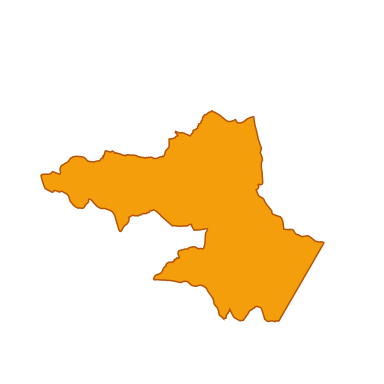 outline of Nyunzu, Katanga, Democratic Republic of the Congo, rotated 119°
{"feature_id": "63176286B34424841963647", "entity_name": "Nyunzu", "entity_type": "district", "adm_level": 2, "iso_a3": "COD", "parent_name": "Democratic Republic of the Congo", "parent_adm1": "Katanga", "projection": "equal_earth", "projection_center": [28.006, -5.86], "detail": "fine", "context": "isolated", "style": "filled", "palette": "amber", "viewbox_px": 384, "rotation_deg": 119, "n_neighbors": 0, "source": "geoboundaries", "source_scale": "gbopen_adm2", "svg_char_len": 5953}
<svg xmlns="http://www.w3.org/2000/svg" viewBox="0 0 384 384"><g transform="rotate(119 192 192)"><path d="M215.3,299.0L214.9,300.0L214.5,301.1L214.2,302.7L214.3,304.6L214.8,306.1L215.3,307.1L217.2,311.0L219.2,313.4L220.3,313.9L220.8,314.4L225.7,315.2L226.7,315.6L228.1,316.6L228.9,317.2L229.9,317.5L231.9,318.8L232.9,319.1L234.5,318.9L236.0,318.4L237.0,317.9L238.7,316.5L239.4,316.2L240.5,316.2L240.8,317.3L241.4,322.1L241.7,323.2L241.7,323.8L244.3,324.5L245.7,325.5L248.2,330.0L249.4,331.7L250.7,332.1L252.3,330.8L254.8,328.3L257.8,325.1L259.1,323.5L260.2,322.0L260.2,319.7L260.1,316.8L260.1,314.8L259.7,313.7L259.1,313.3L257.6,313.4L256.8,311.4L256.5,309.3L256.5,308.0L255.0,307.1L254.5,305.7L254.4,303.8L254.6,299.5L255.4,298.0L257.1,296.2L259.1,294.0L261.0,289.4L261.5,286.6L261.3,283.4L260.4,282.7L259.9,281.3L259.9,280.7L258.7,279.2L257.5,278.8L255.5,278.9L254.7,278.6L253.4,278.5L252.1,277.8L250.7,277.9L248.4,278.9L247.8,277.5L247.8,275.9L248.6,274.0L249.6,271.2L250.6,267.7L250.6,264.4L250.3,263.0L248.7,260.3L247.6,253.6L248.0,252.5L248.5,250.6L250.2,248.0L258.7,239.4L260.7,237.4L261.4,235.9L260.9,235.0L258.5,234.8L256.3,235.0L255.0,234.9L253.0,234.1L251.1,233.2L248.9,233.2L247.4,233.4L244.6,234.8L241.9,233.2L240.6,231.6L240.6,230.9L240.5,230.3L239.8,229.4L239.7,229.3L239.2,227.9L238.7,227.2L237.7,226.9L236.5,225.3L235.6,225.2L234.8,224.6L234.3,223.5L232.7,221.2L231.9,221.1L231.0,220.0L230.4,219.6L229.6,219.8L228.8,219.4L228.3,218.6L228.2,218.4L226.3,217.2L226.0,215.7L226.4,212.3L227.5,208.3L228.0,207.4L229.9,198.4L231.2,192.7L229.8,190.9L229.7,190.5L229.4,189.2L228.9,188.6L228.6,187.3L227.7,186.2L227.2,184.7L226.6,184.1L225.9,183.2L225.7,182.7L225.4,182.1L223.8,179.5L221.6,178.5L220.8,177.1L220.6,176.7L221.9,175.9L224.4,171.5L223.3,170.0L221.4,166.9L216.6,161.0L217.5,160.1L221.9,160.0L225.2,158.4L230.2,156.0L232.2,155.2L235.9,154.6L236.6,155.0L237.2,157.3L238.5,158.7L238.6,158.8L238.5,162.0L238.8,163.4L239.3,164.4L242.0,167.5L243.8,168.1L244.3,168.7L245.2,170.4L247.2,172.3L249.5,174.9L250.6,175.1L252.3,174.6L252.9,174.3L254.9,172.0L255.6,171.2L256.3,171.9L256.4,172.0L256.6,172.6L256.8,172.5L257.2,173.4L257.4,173.6L259.1,173.5L259.5,174.6L260.6,174.2L260.9,174.4L261.6,174.2L261.9,174.6L262.5,174.6L263.0,175.8L263.5,176.0L264.2,177.7L265.2,178.7L266.1,178.7L266.8,179.5L268.0,179.5L269.0,178.9L272.0,180.0L273.5,179.8L275.4,179.6L278.0,179.9L280.7,181.9L282.1,183.3L283.7,183.7L285.2,183.7L286.5,183.5L287.1,182.7L287.0,182.3L286.6,181.6L285.3,179.5L284.0,176.5L281.9,172.4L281.4,171.0L280.4,169.1L279.6,167.3L278.8,165.1L277.9,162.0L276.7,158.1L276.1,157.2L275.2,156.9L274.0,155.6L272.9,153.8L272.7,151.5L273.3,149.7L273.8,146.8L273.2,144.6L272.8,143.2L271.4,141.6L269.4,139.7L268.7,136.7L269.2,132.3L270.3,131.3L271.8,128.7L273.1,125.6L274.9,122.4L275.9,121.0L279.2,118.4L280.2,116.3L280.7,114.2L282.0,112.5L283.3,111.1L285.2,109.6L285.4,109.3L285.9,108.8L286.5,108.4L286.9,105.3L287.4,103.6L287.8,102.4L286.8,102.6L286.0,101.2L285.2,101.2L283.5,102.1L281.9,102.1L280.8,101.7L279.7,102.0L278.3,101.6L277.0,101.8L276.4,102.0L277.7,100.1L279.6,97.4L281.0,95.1L281.4,94.0L281.4,89.7L281.4,87.7L279.3,84.9L270.9,84.0L267.9,84.0L265.0,82.3L262.9,81.1L261.8,81.2L260.7,79.8L259.7,75.7L260.9,74.1L262.8,72.0L266.8,67.9L268.0,66.7L268.6,63.3L267.1,60.9L266.1,60.0L265.7,59.3L265.3,56.9L264.8,56.2L264.1,56.2L263.5,55.0L263.1,54.8L263.0,53.8L262.5,53.5L172.7,51.9L172.4,52.4L172.4,53.1L172.5,54.0L173.0,55.0L173.9,56.0L175.1,60.0L175.1,61.2L174.8,62.3L174.4,64.6L174.0,68.6L174.3,69.8L175.0,70.8L175.3,71.0L177.1,73.4L177.8,74.4L177.8,75.4L177.9,78.5L178.3,80.0L178.3,81.0L177.8,82.3L177.0,83.5L176.2,84.9L176.3,86.3L177.6,88.9L177.9,88.8L179.5,92.4L179.6,93.3L179.9,93.8L177.8,95.2L176.0,96.6L173.6,98.4L171.9,100.3L170.9,102.8L171.7,106.8L172.2,110.9L171.3,112.1L169.9,113.1L169.0,114.9L167.2,119.9L165.5,123.0L164.7,124.4L163.7,125.4L163.1,127.2L163.2,131.2L161.7,133.8L160.4,135.1L159.2,137.0L157.8,136.1L155.9,136.0L154.5,136.4L153.6,137.7L153.0,137.6L152.3,135.3L151.4,134.6L149.8,134.5L146.6,136.5L141.2,140.0L137.3,143.0L135.2,144.2L132.3,145.7L130.2,145.7L127.7,147.5L124.6,151.3L122.7,151.8L120.0,152.5L118.4,154.5L114.0,159.3L107.0,165.5L102.5,169.8L96.2,174.6L97.9,176.5L101.5,179.3L104.9,180.6L107.5,182.3L108.9,184.5L109.3,186.1L108.6,187.7L107.6,189.0L111.0,191.7L112.8,194.4L112.8,197.6L111.4,204.5L111.2,210.7L111.6,211.6L111.4,212.9L111.3,213.8L112.0,214.3L112.8,214.5L114.5,216.2L116.2,216.5L117.4,217.3L118.2,218.4L121.1,218.8L124.6,217.9L125.1,218.3L126.6,218.1L126.9,218.0L127.0,217.9L127.5,217.7L128.5,218.4L128.6,218.5L129.3,219.2L130.6,218.5L131.1,218.4L131.6,218.8L133.6,218.1L134.4,218.9L135.6,219.0L136.3,219.6L137.1,220.7L138.3,220.7L139.2,220.1L139.7,220.1L140.6,220.4L141.8,220.5L142.1,220.5L143.2,220.9L143.9,220.9L144.1,221.6L143.9,223.0L144.3,225.1L144.4,227.7L145.1,229.8L146.4,231.6L147.0,235.7L148.1,235.4L149.0,232.5L149.8,231.7L150.9,232.9L152.5,233.2L154.7,234.7L156.1,236.8L156.8,237.7L162.7,234.4L163.9,233.8L166.2,234.4L168.9,235.0L171.5,234.3L173.8,234.0L174.6,234.1L174.8,235.0L176.0,235.4L176.6,236.7L177.7,237.6L179.7,239.1L180.6,240.3L180.9,241.3L181.2,242.3L181.1,243.8L181.6,245.1L182.4,245.8L182.6,246.7L183.5,247.6L183.8,248.5L184.3,249.0L185.0,249.2L185.2,251.1L186.2,252.9L186.8,255.2L187.2,255.9L187.1,258.0L187.9,260.7L188.4,261.7L188.8,262.0L189.6,263.9L190.9,266.8L191.7,267.7L192.5,267.7L192.6,268.0L192.7,268.3L192.8,269.7L193.4,270.0L193.4,270.7L193.5,272.7L193.7,274.0L194.2,275.3L194.4,277.0L194.7,277.5L195.1,277.5L195.3,277.9L195.3,279.0L194.8,279.5L194.7,281.1L194.9,281.7L195.3,281.8L196.0,282.0L196.9,283.4L196.9,284.3L197.1,284.4L197.7,287.4L197.9,287.5L198.0,287.6L198.8,287.7L200.8,287.0L201.7,287.0L202.2,286.7L202.6,286.7L203.3,287.3L203.9,287.3L204.5,286.3L205.0,286.2L206.4,287.4L207.0,287.6L209.0,287.8L209.7,288.3L211.7,290.9L213.2,292.2L213.9,293.5L214.9,296.1L215.4,298.1L215.3,299.0Z" fill="#f59e0b" stroke="#b45309" stroke-width="1.5"/></g></svg>